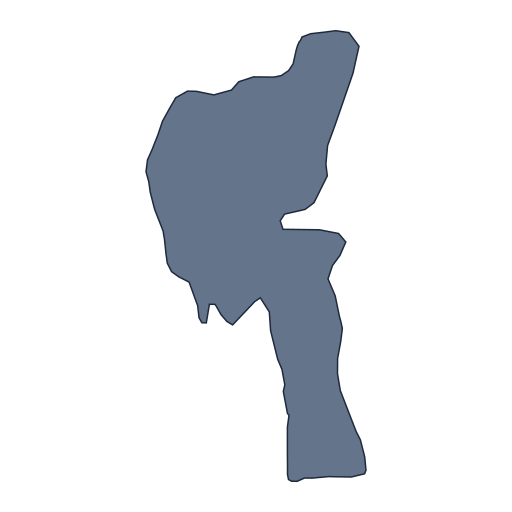 outline of Kafr Al-Shaykh, Kafr ash Shaykh, Egypt
{"feature_id": "37247803B88656028982840", "entity_name": "Kafr Al-Shaykh", "entity_type": "district", "adm_level": 2, "iso_a3": "EGY", "parent_name": "Egypt", "parent_adm1": "Kafr ash Shaykh", "projection": "equal_earth", "projection_center": [30.946, 31.12], "detail": "fine", "context": "isolated", "style": "filled", "palette": "slate", "viewbox_px": 512, "rotation_deg": 0, "n_neighbors": 0, "source": "geoboundaries", "source_scale": "gbopen_adm2", "svg_char_len": 1578}
<svg xmlns="http://www.w3.org/2000/svg" viewBox="0 0 512 512"><path d="M353.0,73.2L354.2,67.7L359.0,46.3L348.9,32.6L335.7,30.7L324.0,32.2L310.8,33.7L303.5,36.4L302.0,37.0L300.5,40.4L299.1,42.0L297.6,45.4L296.1,50.4L296.0,50.9L295.9,51.4L294.6,57.2L293.1,63.9L288.6,70.6L281.3,75.6L273.9,77.1L253.5,76.9L238.8,81.7L233.7,87.5L231.4,90.1L213.8,94.9L196.3,91.3L190.5,91.2L187.5,91.1L175.8,97.7L169.9,107.8L162.5,121.2L158.0,134.6L152.0,149.8L147.5,159.8L147.1,163.2L146.0,171.7L148.8,181.8L150.2,192.0L154.5,208.9L157.3,216.2L160.7,224.8L163.1,231.0L164.5,239.5L165.9,253.0L167.3,263.2L170.8,270.1L171.6,271.7L178.9,276.9L189.1,282.1L197.7,305.8L199.0,317.7L201.9,322.8L204.8,322.8L206.3,322.9L209.4,304.3L212.3,304.3L215.2,304.4L217.0,307.5L221.0,314.6L226.8,321.4L232.6,324.9L244.3,312.6L254.7,301.6L259.6,298.3L260.0,298.0L260.3,297.8L269.3,311.9L270.6,330.5L273.5,342.4L277.7,359.3L282.0,369.5L284.8,384.8L283.3,391.5L287.5,413.5L289.0,415.3L287.4,427.1L287.4,437.2L287.4,444.0L287.4,454.1L287.5,464.2L287.5,472.7L287.5,474.6L288.5,479.5L291.4,481.2L297.2,481.3L304.6,478.0L311.9,478.1L325.5,476.9L328.0,476.6L338.2,476.8L351.4,477.0L364.6,473.8L366.0,470.2L364.7,456.9L360.4,439.9L356.1,431.4L340.3,390.6L337.5,373.7L337.6,358.5L340.7,341.6L342.2,329.8L342.3,328.1L340.8,321.4L339.4,316.3L335.2,295.9L328.0,278.9L329.7,273.8L332.5,265.5L339.9,255.5L345.8,242.0L338.6,233.5L319.6,229.8L306.4,229.6L283.0,229.3L280.2,220.8L284.6,214.1L305.1,209.4L314.0,202.7L327.3,175.9L325.9,164.0L327.6,145.5L335.0,125.3L353.0,73.2Z" fill="#64748b" stroke="#1e293b" stroke-width="1.5"/></svg>